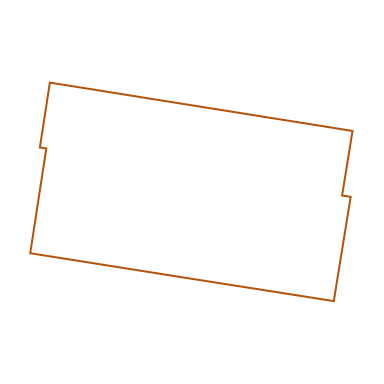 Cavalier, North Dakota, United States of America, rotated 189°
{"feature_id": "52423323B74139134626604", "entity_name": "Cavalier", "entity_type": "district", "adm_level": 2, "iso_a3": "USA", "parent_name": "United States of America", "parent_adm1": "North Dakota", "projection": "equal_earth", "projection_center": [-98.452, 48.772], "detail": "fine", "context": "isolated", "style": "outline", "palette": "amber", "viewbox_px": 384, "rotation_deg": 189, "n_neighbors": 0, "source": "geoboundaries", "source_scale": "gbopen_adm2", "svg_char_len": 305}
<svg xmlns="http://www.w3.org/2000/svg" viewBox="0 0 384 384"><g transform="rotate(189 192 192)"><path d="M43.0,277.4L234.6,277.6L349.5,277.8L349.2,212.2L342.7,212.2L342.2,106.2L341.9,106.2L184.5,106.2L34.9,106.4L34.5,212.0L43.2,212.0L43.0,277.4Z" fill="none" stroke="#b45309" stroke-width="2"/></g></svg>